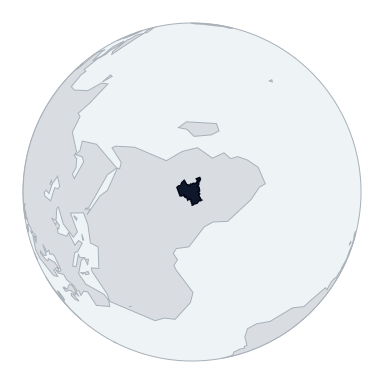 Katanga on an orthographic globe, rotated 249°
{"feature_id": "COD-1897", "entity_name": "Katanga", "entity_type": "Province", "adm_level": 1, "iso_a3": "COD", "parent_name": "Democratic Republic of the Congo", "parent_adm1": "", "projection": "orthographic", "projection_center": [26.036, -9.229], "detail": "fine", "context": "on_globe", "style": "filled", "palette": "ink", "viewbox_px": 384, "rotation_deg": 249, "n_neighbors": 0, "source": "natural_earth", "source_scale": "10m", "svg_char_len": 9476}
<svg xmlns="http://www.w3.org/2000/svg" viewBox="0 0 384 384"><g transform="rotate(249 192 192)"><circle cx="192" cy="192" r="169" fill="#eef3f6" stroke="#a8b0b8"/><path d="M26.1,160.2L25.7,162.1L26.1,160.2ZM25.6,162.5L25.1,171.4L27.6,173.9L28.1,180.4L27.5,185.1L29.1,185.5L29.1,188.4L37.8,189.4L44.5,194.9L45.8,205.2L43.2,218.4L47.8,244.5L44.9,255.3L48.9,265.8L54.8,282.3L52.4,282.9L57.9,289.4L60.6,294.6L60.4,296.0L64.6,301.0L64.6,302.0L67.6,304.6L73.9,312.2L79.3,316.8L85.5,322.7L89.1,325.3L89.1,325.5L90.8,327.0L93.0,328.6L90.5,327.0L86.4,323.9L77.3,316.1L68.7,307.6L60.8,298.5L53.5,288.8L47.0,278.7L41.2,268.1L36.1,257.2L31.9,245.9L28.4,234.3L25.8,222.6L24.1,210.6L23.2,198.6L23.1,186.5L24.0,174.5L25.6,162.5ZM96.8,330.7L91.7,327.9L93.6,329.0L89.8,325.9L94.4,328.4L96.8,330.7ZM87.8,322.3L86.4,320.2L87.6,320.8L88.8,322.5L87.8,322.3ZM348.5,128.4L348.7,128.8L349.7,131.6L347.6,127.0L348.5,131.1L355.2,150.2L356.3,155.1L356.1,162.0L355.4,158.2L350.0,146.1L351.6,157.5L355.8,169.8L357.3,182.7L355.3,177.1L353.4,165.8L351.5,161.2L350.1,151.0L344.9,135.1L342.7,136.2L341.1,130.4L333.6,117.1L329.4,118.6L323.9,131.1L326.2,146.3L323.0,152.2L311.7,128.5L306.3,113.9L302.5,114.5L290.8,101.7L271.2,98.7L268.2,95.1L264.6,96.4L256.3,92.4L251.6,86.8L246.7,86.9L259.1,101.8L264.3,102.0L268.4,96.9L270.9,102.3L278.9,107.8L270.8,120.0L241.4,130.3L238.3,119.0L214.3,89.9L214.8,86.9L214.7,86.6L214.4,86.0L212.5,90.8L208.3,85.6L221.4,104.8L223.8,113.6L241.0,130.9L239.5,132.7L244.9,136.5L262.0,133.2L262.2,137.1L254.3,154.6L230.4,179.3L233.4,197.4L231.4,213.0L216.2,223.2L217.2,235.8L209.3,240.1L208.6,247.4L202.1,255.1L191.4,262.6L173.4,263.4L172.4,256.7L163.7,244.3L151.8,214.7L156.5,200.9L155.0,190.7L141.9,169.4L144.8,157.1L141.3,152.4L134.0,154.2L129.9,148.8L125.4,149.1L97.8,156.9L89.3,150.8L79.2,130.6L84.2,121.1L85.1,111.4L119.4,75.9L126.7,76.4L153.8,70.2L157.2,70.9L154.0,77.6L174.3,84.7L180.9,78.9L199.3,83.2L211.5,83.2L215.8,71.0L195.8,70.7L192.3,65.1L208.3,60.4L225.8,61.9L225.0,59.8L214.0,54.8L218.0,51.6L210.1,53.0L213.3,55.0L208.5,56.2L205.3,54.5L206.8,53.2L201.5,52.3L195.6,59.2L198.2,62.1L184.3,63.6L187.3,68.7L183.6,71.2L177.1,63.7L177.7,60.9L165.7,54.1L163.8,57.0L175.0,63.9L171.5,63.5L169.0,68.3L168.2,64.3L156.4,56.9L143.9,59.9L128.0,73.2L120.7,75.4L114.6,74.2L120.4,62.1L136.1,58.8L138.3,55.3L135.2,51.3L140.2,51.0L140.8,49.2L146.7,48.2L155.1,43.5L161.1,42.6L164.4,37.9L168.0,37.0L165.0,39.9L166.1,41.7L181.1,40.7L184.0,39.7L184.9,36.9L188.9,37.4L187.9,34.9L196.5,34.0L185.2,33.3L186.0,31.0L191.2,29.3L189.4,28.6L181.0,31.5L179.4,32.8L181.4,34.0L175.4,38.7L170.2,39.8L168.8,35.1L161.3,36.4L163.5,32.9L185.0,26.2L194.0,25.4L208.8,27.9L206.7,28.9L200.3,28.2L206.2,30.6L205.7,29.5L209.0,30.1L210.7,28.7L213.1,29.1L210.5,27.3L213.6,27.7L215.2,28.8L220.3,27.8L226.9,28.7L226.9,28.4L225.0,27.7L234.6,29.8L234.1,29.5L230.8,28.6L227.8,27.6L226.2,26.8L229.6,27.5L230.6,27.9L237.9,30.2L240.2,31.6L241.4,31.9L240.3,30.9L231.4,28.0L229.4,27.4L234.0,28.6L232.2,28.1L232.3,28.0L235.6,28.8L230.7,27.5L242.5,30.8L254.2,34.9L265.5,39.9L276.5,45.7L287.0,52.3L297.0,59.6L306.4,67.7L315.2,76.4L323.4,85.8L330.8,95.7L337.5,106.1L343.4,117.0L348.5,128.4ZM107.7,92.0L106.8,94.8L107.7,92.0ZM244.7,70.5L254.9,72.1L249.8,64.6L253.3,64.7L250.2,62.3L249.3,64.1L241.8,57.9L246.0,56.5L244.5,53.8L240.9,53.2L234.4,56.8L245.2,65.4L243.1,68.0L244.7,70.5ZM26.1,159.8L25.9,161.3L25.8,161.8L26.1,159.8ZM80.8,64.8L78.1,67.2L79.3,66.1L80.8,64.8ZM138.5,42.3L140.5,42.8L138.2,44.8L130.6,47.4L133.8,44.3L138.5,42.3ZM143.9,43.2L144.5,38.6L149.3,37.3L146.5,38.7L149.6,38.3L145.9,40.5L149.8,44.3L148.0,46.5L134.9,49.2L140.2,46.9L137.9,46.3L143.9,43.2ZM137.9,33.7L138.3,33.0L148.1,30.9L146.7,31.9L139.0,34.2L136.2,34.3L137.9,33.7ZM165.6,25.1L165.3,25.2L164.3,25.3L165.6,25.1ZM163.0,25.5L162.9,25.6L160.5,26.0L159.4,26.3L155.0,27.2L153.4,27.7L152.2,27.9L150.6,28.6L149.8,28.5L146.7,29.5L149.1,29.0L128.0,35.7L119.7,39.3L113.1,42.7L112.9,42.7L124.9,37.0L137.3,32.1L150.0,28.3L163.0,25.5ZM161.1,68.3L163.7,68.4L167.8,67.9L166.3,71.2L161.1,68.3ZM152.8,63.2L155.2,62.6L155.1,66.5L152.4,66.6L152.8,63.2ZM156.6,59.3L155.3,62.3L154.4,60.7L156.6,59.3ZM167.2,39.4L169.7,38.9L170.0,39.5L168.5,40.6L167.2,39.4ZM186.0,23.5L184.2,23.5L184.9,23.4L183.8,23.3L187.4,23.1L189.5,23.1L186.0,23.5ZM212.4,73.0L208.8,75.2L207.0,74.1L208.6,73.5L212.4,73.0ZM186.4,72.7L192.3,74.1L185.9,73.6L186.4,72.7ZM189.7,23.3L188.9,23.2L191.2,23.3L189.7,23.3ZM190.0,23.1L192.7,23.1L187.7,23.1L190.0,23.1ZM268.0,304.0L268.2,306.7L266.0,306.5L268.0,304.0ZM259.5,212.0L247.1,239.4L239.3,239.1L238.4,230.6L243.2,213.9L252.4,209.7L257.0,202.4L259.5,212.0ZM358.9,218.6L359.1,217.0L359.1,217.3L358.9,218.6ZM359.2,216.1L357.9,210.9L356.9,206.9L357.5,204.5L359.2,208.3L359.2,216.1ZM357.4,204.2L355.3,193.3L349.3,166.5L351.5,168.2L357.1,186.0L356.9,188.2L358.2,196.2L357.4,204.2ZM360.8,199.0L360.5,203.7L360.2,200.2L359.9,197.8L359.7,187.4L359.8,183.2L360.3,184.3L360.2,176.3L360.8,199.0ZM326.9,147.9L330.5,158.0L328.5,158.9L326.9,147.9ZM351.3,136.0L350.9,135.8L350.1,133.4L350.0,132.4L351.3,136.0ZM219.0,25.2L216.5,25.3L217.1,25.9L221.1,27.0L214.4,25.8L213.5,24.8L219.0,25.2ZM202.8,23.4L202.4,23.4L202.8,23.4ZM331.1,287.9L330.2,288.6L331.7,285.3L335.0,280.8L343.5,264.3L343.4,265.1L348.0,254.8L350.2,251.3L344.8,264.0L338.5,276.3L331.1,287.9Z" fill="#d9dde1" stroke="#a8b0b8" stroke-width="1"/><path d="M201.7,179.6L201.8,179.8L202.0,180.3L202.2,180.7L202.4,181.4L202.5,181.7L202.5,181.9L202.1,182.4L202.1,182.5L202.2,183.0L202.3,183.5L202.5,183.9L202.7,184.2L202.7,184.4L202.8,184.5L203.2,184.8L203.6,185.0L203.9,185.2L204.3,185.7L204.4,185.9L204.7,186.4L204.9,187.3L205.5,188.2L205.7,188.8L205.7,189.0L200.4,189.8L200.5,190.2L200.4,190.4L200.3,190.7L199.9,191.2L199.5,191.6L199.2,191.8L198.8,192.0L198.7,192.1L198.8,192.3L199.1,192.3L199.2,192.5L199.3,192.8L199.5,193.0L199.4,193.0L199.5,193.1L199.5,193.5L199.6,193.8L199.5,194.1L199.5,194.6L199.4,194.9L199.5,195.1L199.5,195.3L199.6,195.6L199.5,195.8L199.6,196.0L199.7,196.3L199.3,196.8L199.3,197.0L199.2,197.1L199.2,197.3L199.1,197.5L199.0,197.8L198.9,198.1L198.9,198.3L198.7,198.6L198.7,198.8L198.8,198.9L198.8,199.0L198.9,199.3L199.0,199.5L199.1,199.8L199.3,199.9L199.5,200.0L199.8,200.2L199.9,200.3L200.0,200.4L200.1,200.6L200.3,200.7L200.4,200.8L200.6,201.3L200.8,201.3L201.0,201.3L201.3,201.3L201.6,201.4L201.8,201.5L202.0,201.6L202.0,201.4L201.9,201.3L201.8,201.2L201.9,200.9L202.2,200.8L202.3,200.8L202.6,200.8L202.7,200.7L202.8,200.7L202.8,204.4L202.7,204.5L202.3,204.5L202.3,204.4L202.2,204.3L202.3,204.2L202.4,203.9L202.2,203.8L201.8,204.0L201.4,204.2L201.1,204.4L200.9,204.3L200.5,204.3L200.4,204.2L200.2,203.6L200.1,203.4L199.9,203.1L199.7,202.8L199.6,202.7L199.4,202.7L199.3,202.8L199.2,202.8L199.2,202.6L199.0,202.4L199.1,202.2L198.9,201.7L198.6,201.5L198.3,201.5L198.2,201.4L197.9,201.3L197.5,201.3L197.5,201.1L197.2,201.0L197.2,200.9L197.0,201.1L196.7,201.1L196.3,200.7L196.1,200.3L196.1,200.2L196.0,199.9L195.5,199.6L195.4,199.4L195.4,199.1L195.3,198.9L195.0,199.0L194.9,199.0L194.8,199.3L194.7,199.4L194.7,199.5L194.7,199.8L194.5,200.0L194.4,200.1L194.1,200.1L193.9,200.2L193.4,200.1L193.2,199.9L192.9,199.9L192.8,200.0L192.7,200.0L192.4,199.9L191.8,199.9L191.6,199.7L191.3,199.6L191.1,199.6L190.8,199.4L190.7,199.4L190.6,199.5L190.4,199.5L190.4,199.3L190.2,199.2L189.9,198.8L189.9,198.7L189.8,198.4L189.9,198.2L189.9,197.8L189.5,198.0L189.4,198.0L188.9,198.0L188.5,198.2L188.4,198.2L188.2,198.2L188.0,198.4L187.8,198.4L187.7,198.5L187.4,198.6L187.2,198.4L186.9,198.4L187.1,198.3L187.2,198.1L187.3,197.9L187.2,197.8L187.2,197.7L187.0,197.4L186.8,197.4L186.6,197.3L186.4,197.1L186.4,196.9L186.1,196.9L185.9,197.1L185.7,197.3L185.4,197.3L185.1,197.3L184.6,197.1L184.3,197.2L183.8,197.5L183.3,197.6L183.0,197.5L182.8,197.4L182.7,197.4L182.5,197.5L182.4,197.6L182.2,197.5L181.9,197.4L181.7,197.6L181.3,197.8L181.1,198.0L181.1,197.9L181.0,197.5L181.0,197.3L180.9,197.3L180.9,197.1L180.8,196.8L181.0,196.7L181.2,196.4L181.3,196.4L181.2,196.3L181.2,196.0L181.1,195.8L181.2,195.6L181.2,195.4L180.9,194.7L180.7,194.1L180.4,194.0L180.3,193.8L180.2,193.7L179.9,193.3L179.9,193.2L179.7,192.7L179.8,192.1L179.8,191.7L179.8,190.9L180.0,190.3L180.1,190.2L180.1,189.9L180.0,189.7L179.9,189.5L180.0,189.4L179.9,189.2L179.8,188.9L179.7,188.7L179.5,188.4L179.5,188.2L179.5,187.9L179.7,187.4L180.1,187.6L180.3,187.7L180.4,187.8L180.7,187.8L180.9,187.9L181.6,187.8L181.8,187.7L182.0,187.6L182.2,187.9L182.2,188.0L182.4,188.1L182.6,188.1L182.8,188.1L183.0,188.1L183.4,187.9L183.6,187.8L183.7,188.1L183.8,188.2L184.0,188.1L184.3,188.1L184.5,188.2L184.8,188.1L185.1,188.1L185.3,188.0L185.5,188.1L185.6,187.9L185.9,187.9L185.8,187.6L185.8,187.0L185.9,186.9L186.0,186.6L185.9,186.4L186.0,186.2L186.1,185.9L186.2,185.7L186.4,185.6L186.5,185.4L186.4,185.4L186.5,185.4L186.4,185.3L186.4,185.2L186.5,185.2L186.4,185.1L186.6,185.1L186.7,185.4L186.8,185.4L187.1,185.6L187.3,185.6L187.5,185.4L187.8,185.4L188.0,185.2L188.3,185.1L188.7,184.8L188.7,184.6L188.8,184.5L188.9,184.4L189.2,184.4L189.4,184.5L189.6,184.5L189.8,184.7L190.2,184.6L190.3,184.4L190.5,184.2L190.4,184.1L190.1,184.1L189.8,183.8L189.7,183.7L189.8,183.5L190.1,183.5L190.4,183.5L190.5,183.5L190.7,183.4L190.9,183.4L191.2,183.1L191.3,183.0L191.7,183.2L191.7,183.3L191.8,183.4L192.0,183.2L192.3,183.3L192.4,183.2L192.3,182.9L192.4,182.5L192.4,182.3L192.4,181.9L192.3,181.7L192.2,181.6L192.1,181.4L192.2,181.2L192.3,181.0L192.2,180.8L192.1,180.7L192.3,180.4L192.5,180.0L192.7,179.5L201.7,179.6Z" fill="#0f172a" stroke="#020617" stroke-width="1.5"/></g></svg>